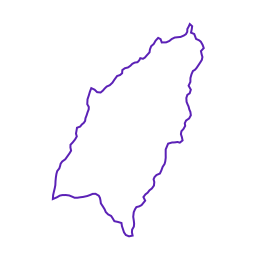 Mesquita, Minas Gerais, Brazil (orthographic projection), rotated 184°
{"feature_id": "56859067B82042747316745", "entity_name": "Mesquita", "entity_type": "district", "adm_level": 2, "iso_a3": "BRA", "parent_name": "Brazil", "parent_adm1": "Minas Gerais", "projection": "orthographic", "projection_center": [-42.614, -19.25], "detail": "fine", "context": "isolated", "style": "outline", "palette": "violet", "viewbox_px": 256, "rotation_deg": 184, "n_neighbors": 0, "source": "geoboundaries", "source_scale": "gbopen_adm2", "svg_char_len": 2356}
<svg xmlns="http://www.w3.org/2000/svg" viewBox="0 0 256 256"><g transform="rotate(184 128 128)"><path d="M115.9,21.0L116.8,24.1L116.8,26.9L115.3,30.0L115.2,32.8L115.7,35.7L116.6,39.8L116.4,44.4L115.3,47.5L114.1,49.7L111.4,50.6L109.1,52.0L107.7,54.0L105.8,56.7L107.8,60.2L106.0,63.0L103.9,64.8L102.2,67.4L100.0,69.3L98.1,72.4L98.0,75.9L98.9,78.7L98.1,80.9L96.3,83.1L93.0,84.8L91.8,87.9L90.7,91.7L89.0,94.7L88.5,97.3L88.3,100.9L88.6,104.8L88.9,109.3L87.7,112.8L86.9,115.2L83.1,116.6L80.3,116.9L77.6,117.5L75.3,117.0L72.7,119.4L73.6,122.6L74.8,125.6L74.5,128.5L72.6,130.9L71.1,134.1L71.7,136.7L70.6,139.5L67.7,141.8L66.2,145.1L66.9,148.4L68.1,150.7L69.1,153.7L70.2,155.7L71.4,158.2L71.9,162.0L71.1,165.2L68.9,166.9L68.0,170.6L70.5,174.4L69.0,178.3L69.2,182.2L68.4,186.1L67.2,189.4L65.3,190.7L63.9,192.5L62.1,195.6L60.3,198.8L59.1,201.1L58.7,204.0L59.7,206.7L60.6,209.8L58.0,213.0L59.4,216.2L61.4,219.2L63.3,220.5L66.3,221.6L68.5,226.4L71.8,227.5L71.3,231.1L71.1,234.0L73.6,236.0L74.5,233.5L75.7,230.9L75.6,228.1L76.8,225.6L78.8,224.1L81.9,222.5L84.9,222.0L87.7,221.5L90.6,219.8L92.8,217.7L95.9,216.1L100.3,215.7L101.7,218.9L104.2,220.0L106.6,217.0L108.2,213.6L110.6,211.2L111.6,207.9L111.8,205.0L114.3,201.8L116.1,199.4L117.9,198.1L120.6,198.5L121.5,196.3L123.1,194.3L125.9,193.7L128.2,192.3L129.9,190.3L132.2,188.4L135.3,187.4L137.7,185.4L137.7,182.2L139.6,180.3L142.5,179.1L144.9,175.3L146.7,172.1L149.2,169.4L152.1,167.9L154.0,165.8L155.7,163.5L157.8,161.5L161.3,161.6L164.0,163.9L167.4,165.2L168.5,161.7L169.4,157.6L170.4,153.8L170.3,148.9L168.6,146.3L168.5,143.9L169.4,141.0L170.2,137.7L171.1,134.8L171.3,132.0L172.5,130.0L174.3,128.3L175.8,126.1L178.9,124.7L179.2,121.6L179.5,118.8L178.5,116.0L180.0,112.9L182.2,109.7L184.2,107.3L184.1,104.6L183.2,101.4L184.5,98.8L186.2,96.0L188.4,92.4L191.3,90.0L192.7,87.7L193.1,85.3L193.7,82.9L195.6,80.1L196.2,77.2L196.5,73.7L196.6,69.9L196.5,65.9L196.9,62.7L197.5,59.2L198.0,55.9L198.0,51.9L194.1,53.9L191.3,55.8L188.8,56.5L185.4,56.8L181.9,56.6L178.6,55.5L176.4,54.7L173.6,54.9L171.1,55.5L168.0,56.1L163.9,57.3L161.2,58.5L158.7,59.8L155.8,60.1L152.4,58.4L151.1,56.3L150.4,53.8L149.8,50.9L147.6,48.0L145.6,45.2L144.3,42.6L141.8,40.4L138.7,39.1L137.1,37.0L135.1,34.1L131.6,33.6L127.9,32.8L127.2,29.7L126.0,26.8L124.7,23.6L122.7,21.1L119.4,20.0L115.9,21.0Z" fill="none" stroke="#5b21b6" stroke-width="2"/></g></svg>